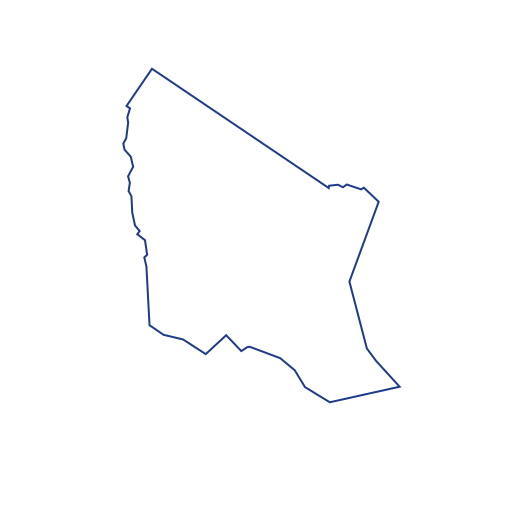 Lycoming, Pennsylvania, United States of America, rotated 35°
{"feature_id": "52423323B77713055923502", "entity_name": "Lycoming", "entity_type": "district", "adm_level": 2, "iso_a3": "USA", "parent_name": "United States of America", "parent_adm1": "Pennsylvania", "projection": "orthographic", "projection_center": [-77.127, 41.333], "detail": "fine", "context": "isolated", "style": "outline", "palette": "blue", "viewbox_px": 512, "rotation_deg": 35, "n_neighbors": 0, "source": "geoboundaries", "source_scale": "gbopen_adm2", "svg_char_len": 802}
<svg xmlns="http://www.w3.org/2000/svg" viewBox="0 0 512 512"><g transform="rotate(35 256 256)"><path d="M63.7,190.7L63.9,207.4L68.1,207.3L71.0,216.1L74.8,220.1L82.2,234.1L82.8,240.0L87.3,244.3L96.5,246.5L104.2,253.4L105.5,264.1L110.7,268.4L114.4,275.9L119.7,278.5L129.8,291.5L139.4,300.4L146.4,302.3L146.3,306.3L156.0,306.7L166.1,317.4L165.3,321.2L172.3,327.5L208.5,373.8L215.2,373.7L225.4,373.6L244.1,366.2L271.1,365.2L277.0,338.0L298.5,342.3L300.6,337.1L300.7,336.5L301.1,335.7L302.1,334.8L302.4,334.3L303.5,333.8L334.5,325.8L353.3,327.4L371.4,335.3L384.2,334.5L400.3,333.5L448.6,280.7L414.7,273.1L399.9,268.2L347.2,223.4L325.4,141.2L305.1,138.2L303.9,141.1L289.3,145.4L287.8,149.8L282.3,150.6L275.6,156.5L276.6,158.6L63.4,162.3L63.7,190.7Z" fill="none" stroke="#1e3a8a" stroke-width="2"/></g></svg>